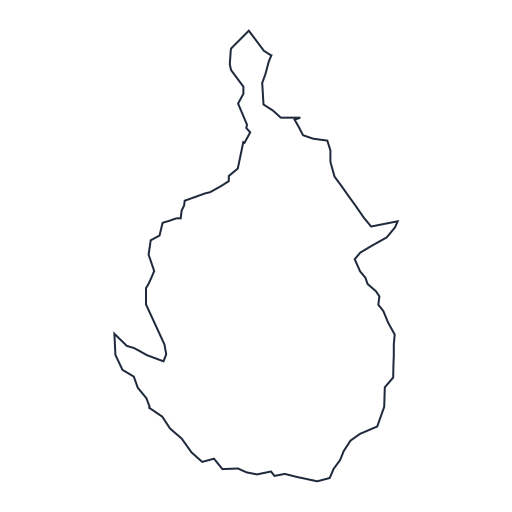 Kosi, Larnaca, Cyprus (Albers equal-area conic projection)
{"feature_id": "46923920B21687846185462", "entity_name": "Kosi", "entity_type": "district", "adm_level": 2, "iso_a3": "CYP", "parent_name": "Cyprus", "parent_adm1": "Larnaca", "projection": "albers", "projection_center": [33.514, 34.977], "detail": "fine", "context": "isolated", "style": "outline", "palette": "slate", "viewbox_px": 512, "rotation_deg": 0, "n_neighbors": 0, "source": "geoboundaries", "source_scale": "gbopen_adm2", "svg_char_len": 1698}
<svg xmlns="http://www.w3.org/2000/svg" viewBox="0 0 512 512"><path d="M154.1,271.2L152.5,275.1L148.8,283.4L146.0,288.1L146.0,304.4L162.9,341.1L164.4,344.3L165.2,348.7L166.2,354.2L166.1,354.6L164.5,358.8L163.5,361.3L163.1,361.2L148.4,355.7L146.6,355.0L139.9,351.2L133.9,348.0L126.8,345.9L126.7,345.8L125.9,345.0L114.4,333.8L115.4,354.9L122.5,369.9L133.8,376.6L137.8,387.8L146.4,398.2L149.6,406.9L149.2,407.8L162.2,416.6L170.1,428.6L181.7,438.6L191.5,452.4L202.2,461.9L214.0,458.7L222.4,469.1L238.1,468.5L241.0,469.9L246.7,472.4L257.0,474.4L271.0,471.5L274.5,475.9L284.8,473.9L296.2,476.8L317.2,481.3L329.7,478.0L333.6,468.9L339.1,461.4L340.2,459.8L343.7,451.1L350.5,440.6L360.1,433.8L377.2,426.5L384.2,406.9L384.8,387.3L393.2,377.5L393.4,365.9L393.8,355.2L393.8,344.3L394.7,334.5L388.2,322.8L383.3,311.0L378.3,304.7L379.4,296.4L375.9,291.2L367.6,284.0L365.4,277.7L360.1,271.4L354.7,259.2L360.3,252.6L372.0,245.6L386.7,237.4L395.0,227.4L397.3,222.1L397.6,221.3L371.1,226.5L363.9,217.8L354.7,204.5L348.5,196.0L342.4,187.3L334.5,176.6L330.4,161.8L330.4,150.4L327.3,140.6L313.1,138.7L303.0,135.2L298.6,126.7L294.6,119.7L300.3,117.7L280.8,117.7L273.0,110.6L263.5,104.5L262.2,82.9L265.4,74.2L268.7,61.8L271.3,55.4L271.1,55.4L263.9,50.8L248.8,30.7L231.2,48.4L230.8,49.8L229.8,64.2L231.0,70.0L243.4,86.7L243.4,93.7L238.1,103.6L247.0,124.7L246.3,128.0L250.2,132.4L244.5,142.8L243.3,142.1L237.8,168.5L228.8,176.0L228.8,181.1L221.5,185.8L210.1,192.2L205.1,193.4L184.7,200.7L184.1,205.5L181.6,210.6L181.4,212.7L180.7,218.3L176.6,218.3L173.8,219.2L168.8,221.0L165.2,222.0L162.6,222.8L160.9,229.8L159.5,235.6L150.7,240.3L148.6,254.6L154.2,271.1L154.1,271.2Z" fill="none" stroke="#1e293b" stroke-width="2"/></svg>